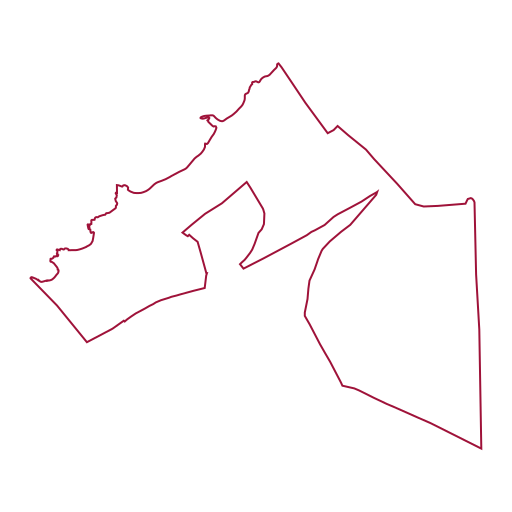 the district of Al Raml, Al Iskandariyah, Egypt
{"feature_id": "37247803B98787115048764", "entity_name": "Al Raml", "entity_type": "district", "adm_level": 2, "iso_a3": "EGY", "parent_name": "Egypt", "parent_adm1": "Al Iskandariyah", "projection": "albers", "projection_center": [29.965, 31.237], "detail": "fine", "context": "isolated", "style": "outline", "palette": "rose", "viewbox_px": 512, "rotation_deg": 0, "n_neighbors": 0, "source": "geoboundaries", "source_scale": "gbopen_adm2", "svg_char_len": 5782}
<svg xmlns="http://www.w3.org/2000/svg" viewBox="0 0 512 512"><path d="M481.3,448.6L479.3,329.6L476.1,274.4L474.5,202.4L474.0,201.0L473.6,200.5L473.2,199.8L472.2,198.7L470.8,198.1L467.8,199.0L466.9,200.7L465.5,203.7L437.9,205.9L423.7,206.5L415.2,204.2L397.2,183.8L374.2,159.2L366.0,149.6L348.1,135.1L337.6,126.0L333.6,130.1L327.7,133.2L305.3,102.7L292.2,83.1L281.5,67.2L278.5,63.4L277.8,63.7L277.5,63.9L277.2,64.3L277.1,64.8L277.1,65.9L277.0,66.5L276.7,67.1L276.4,67.6L276.0,68.1L274.0,70.0L270.5,73.8L269.7,74.7L269.0,75.2L268.3,75.6L267.6,76.0L267.0,76.1L265.4,76.4L264.6,76.6L264.1,76.9L262.9,77.6L261.9,78.4L261.2,79.1L260.7,79.8L259.7,81.5L259.2,82.1L258.6,82.3L258.2,82.3L256.3,81.4L255.7,81.3L255.1,81.4L254.3,81.8L253.9,81.9L252.9,82.0L252.7,82.0L252.3,82.3L252.2,82.4L252.1,82.7L252.2,83.8L252.2,84.2L252.1,84.3L251.4,84.8L251.0,85.3L250.5,86.3L249.8,87.3L249.7,87.7L249.5,88.9L249.0,90.0L248.8,91.3L248.5,91.9L248.4,92.2L248.0,92.8L247.7,93.0L247.3,93.2L246.2,93.7L245.6,94.0L245.2,94.4L245.0,94.8L244.9,95.1L244.8,95.7L244.8,98.4L244.6,99.9L244.3,100.8L243.7,102.3L243.1,103.7L242.4,105.0L241.9,105.6L241.3,106.4L238.9,108.8L236.5,111.5L233.7,114.0L231.8,115.5L229.5,116.9L226.8,118.5L224.2,120.4L223.5,120.8L222.8,121.1L222.3,121.2L221.8,121.2L220.8,121.0L220.0,120.8L218.7,120.1L217.7,119.5L216.5,118.6L215.6,117.8L213.8,115.9L213.1,115.5L212.5,115.3L211.7,115.3L210.8,115.3L209.5,115.5L206.4,115.7L204.8,115.9L203.4,116.2L202.3,116.6L201.3,117.0L200.9,117.3L200.6,117.6L200.5,117.8L200.5,118.0L200.9,118.3L202.0,118.6L202.7,118.7L203.4,118.6L204.0,118.5L206.3,117.8L207.2,117.6L208.4,117.5L209.0,117.6L209.2,117.8L209.3,117.9L209.3,118.2L209.0,118.7L208.4,119.8L208.1,120.6L206.6,120.0L208.0,120.7L208.3,121.8L212.3,125.7L213.5,126.5L214.8,126.2L215.8,126.4L216.4,127.8L215.8,129.7L214.9,131.8L213.7,134.1L211.7,136.8L210.3,139.1L207.9,143.2L206.9,144.0L205.3,143.6L205.1,143.6L205.0,144.3L205.0,146.9L203.9,149.5L202.3,151.8L200.8,153.6L198.4,155.6L196.6,156.8L194.6,158.5L187.3,167.2L186.4,168.1L185.5,168.8L184.4,169.4L179.1,171.9L178.0,172.5L171.6,175.9L169.8,177.0L165.6,179.2L163.6,180.0L161.9,180.7L158.0,182.1L156.7,182.7L155.7,183.3L154.2,184.4L152.6,185.9L150.2,188.2L149.3,189.0L147.9,190.0L146.1,191.1L144.6,191.7L143.3,192.2L141.3,192.8L140.8,192.9L138.0,193.1L135.1,193.0L133.6,192.8L130.4,191.5L128.5,190.3L127.9,189.7L128.1,187.5L127.0,186.2L126.3,185.8L124.9,185.2L124.4,185.2L123.3,185.4L122.9,185.8L122.4,186.5L122.1,186.6L118.5,185.3L116.9,185.1L117.0,193.0L115.9,192.8L115.7,193.2L116.8,195.3L116.7,195.8L116.4,197.5L115.4,198.4L115.2,198.7L115.8,201.1L117.1,203.0L117.2,203.4L116.9,204.8L116.2,205.4L115.9,205.9L115.9,207.4L115.6,208.2L109.5,212.7L107.6,213.1L106.3,213.2L105.2,214.7L104.4,214.8L102.6,215.2L99.2,216.3L98.4,216.9L97.9,217.2L97.5,217.3L96.7,217.1L96.0,217.2L95.2,217.7L94.8,218.6L94.6,219.3L94.6,219.7L94.4,219.8L91.9,219.9L91.3,220.4L91.4,223.1L91.2,223.4L91.3,224.0L90.9,224.2L90.3,224.1L90.2,224.2L89.9,225.0L89.6,225.1L89.3,224.7L89.1,224.8L89.5,228.2L89.5,228.5L89.2,228.4L89.0,228.1L88.4,224.9L88.1,224.4L87.8,224.4L87.6,224.7L88.0,226.8L88.3,228.2L88.7,229.1L89.5,229.3L90.3,229.6L90.5,231.9L90.8,232.5L91.1,232.9L91.6,232.9L92.0,232.4L92.5,232.4L93.0,232.1L93.4,232.1L93.7,232.4L94.0,232.8L93.2,237.9L92.6,241.0L91.0,243.8L90.3,244.4L89.1,245.3L86.4,246.7L86.3,246.9L82.4,248.5L79.9,249.3L77.6,249.9L76.1,250.1L68.7,250.2L68.7,249.9L68.6,249.7L68.3,249.3L67.6,248.8L66.1,248.4L65.0,248.5L64.7,248.6L64.2,249.1L64.0,249.4L63.7,249.5L63.1,249.4L62.7,249.2L61.8,248.8L60.7,248.8L60.1,249.2L60.1,249.5L59.6,249.9L59.6,250.1L57.1,249.4L56.8,249.6L56.6,250.0L56.7,250.3L57.4,250.7L57.5,250.8L57.3,252.6L57.0,253.1L57.1,253.6L57.5,253.9L57.7,254.2L57.7,254.5L57.1,254.5L57.2,254.8L57.4,254.8L57.7,254.8L58.2,255.1L57.9,255.9L57.8,256.1L57.2,256.3L56.9,256.2L56.3,256.0L56.2,256.0L55.6,256.5L54.8,256.5L54.3,256.4L54.1,256.3L53.8,256.6L53.7,256.8L53.5,257.6L53.0,258.0L52.2,258.6L51.5,258.8L51.2,258.8L50.8,258.7L50.6,258.8L50.5,259.1L50.5,259.6L50.5,260.1L50.4,260.5L50.3,260.8L50.4,261.2L50.5,261.5L50.9,261.8L51.5,261.8L51.8,261.9L53.0,262.7L53.8,263.2L57.2,267.5L57.6,268.4L57.7,268.7L57.6,269.4L57.7,269.7L57.9,269.8L58.1,269.8L58.2,269.7L58.3,269.8L58.5,270.3L58.6,271.1L58.3,271.8L58.3,272.4L58.0,273.0L57.5,273.7L56.4,274.9L55.3,276.4L55.1,276.6L54.4,277.5L53.2,278.6L52.1,279.5L50.8,280.1L50.3,280.2L50.0,280.3L49.6,280.4L49.1,280.5L48.4,280.4L47.5,280.5L47.5,280.8L46.8,280.9L46.7,280.5L42.6,281.7L41.6,281.9L41.1,281.8L40.5,281.7L39.1,280.7L38.6,280.1L38.4,280.4L37.1,279.5L36.0,278.8L33.8,277.9L32.3,277.3L31.8,277.4L31.3,277.2L30.7,277.9L31.4,278.3L31.0,278.8L57.0,305.5L86.9,342.2L112.5,328.7L123.8,320.7L124.7,321.5L127.1,319.4L131.3,316.4L135.8,313.4L145.0,308.5L149.5,305.9L153.2,304.1L155.8,302.4L161.0,300.2L168.8,297.8L171.4,296.8L176.6,295.5L180.3,294.4L193.5,290.8L204.7,288.0L206.2,275.6L206.9,273.3L206.4,273.4L200.5,251.9L197.6,241.8L193.1,238.3L189.2,234.8L187.8,236.2L186.2,235.3L183.7,233.5L182.5,232.6L191.6,224.8L205.1,213.8L209.1,211.3L221.9,203.3L246.7,182.0L250.4,187.7L262.8,208.4L263.3,209.6L264.4,213.5L264.0,222.8L263.9,224.2L261.7,229.3L258.5,232.9L254.6,243.9L252.2,249.6L250.1,252.9L246.5,257.6L244.6,259.9L241.8,262.4L240.0,264.2L243.5,268.6L263.5,258.4L291.3,243.6L306.8,235.2L311.4,231.9L314.9,230.3L324.6,225.0L333.5,217.0L337.7,214.3L350.2,207.7L361.5,201.6L370.0,196.0L376.8,192.2L377.2,191.9L376.2,194.8L350.2,224.9L341.2,231.7L329.8,241.4L322.8,248.9L321.6,250.8L318.0,259.4L317.5,261.0L314.6,269.4L309.5,280.6L308.4,288.6L307.5,299.1L304.8,312.5L304.8,315.9L309.7,324.4L320.0,344.2L325.2,353.3L330.1,361.7L340.9,382.4L342.4,385.7L354.3,388.4L359.0,390.4L373.6,397.7L386.9,404.0L393.8,406.9L417.7,417.5L430.5,423.1L481.3,448.6Z" fill="none" stroke="#9f1239" stroke-width="2"/></svg>